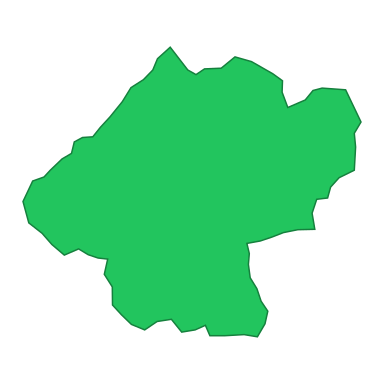 Águas de Lindóia, São Paulo, Brazil (Natural Earth projection)
{"feature_id": "56859067B8082951902088", "entity_name": "Águas de Lindóia", "entity_type": "district", "adm_level": 2, "iso_a3": "BRA", "parent_name": "Brazil", "parent_adm1": "São Paulo", "projection": "natural_earth1", "projection_center": [-46.603, -22.475], "detail": "fine", "context": "isolated", "style": "filled", "palette": "green", "viewbox_px": 384, "rotation_deg": 0, "n_neighbors": 0, "source": "geoboundaries", "source_scale": "gbopen_adm2", "svg_char_len": 1033}
<svg xmlns="http://www.w3.org/2000/svg" viewBox="0 0 384 384"><path d="M157.5,58.7L152.8,70.0L143.4,79.7L131.0,87.6L122.3,101.7L109.9,117.0L100.4,127.3L92.8,136.8L82.5,137.5L74.3,141.9L71.5,153.4L62.1,158.9L50.3,170.2L44.0,177.0L32.7,181.0L23.0,201.5L28.8,222.9L42.1,233.3L51.9,244.5L64.3,255.1L78.6,248.9L88.2,254.7L98.0,258.0L107.7,259.1L104.3,274.3L112.3,286.9L112.5,305.0L121.4,314.7L131.4,324.4L144.7,329.9L157.1,321.5L171.4,319.3L181.7,332.1L195.1,329.9L205.4,325.3L209.9,335.7L225.0,335.7L244.1,334.6L257.4,336.8L265.0,323.8L267.8,311.2L261.1,301.2L256.9,288.7L250.2,277.8L248.4,264.4L249.3,253.6L246.9,243.4L260.2,241.0L272.1,237.0L283.4,232.6L297.8,229.7L314.8,229.3L312.1,213.2L316.7,199.3L327.6,198.0L330.6,187.1L339.1,177.7L354.3,170.2L355.6,147.0L354.3,133.3L361.0,122.0L345.6,89.8L322.1,88.1L313.0,90.5L305.2,100.0L287.8,107.5L282.1,92.2L282.5,80.8L273.0,73.9L263.4,68.4L251.5,61.6L235.0,56.9L221.2,68.2L204.5,68.9L196.0,74.6L187.8,70.0L170.2,47.2L157.5,58.7Z" fill="#22c55e" stroke="#15803d" stroke-width="1.5"/></svg>